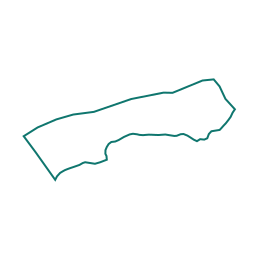 outline of Santa Catarina Palopó, Sololá, Guatemala, rotated 284°
{"feature_id": "79465075B20909144417391", "entity_name": "Santa Catarina Palopó", "entity_type": "district", "adm_level": 2, "iso_a3": "GTM", "parent_name": "Guatemala", "parent_adm1": "Sololá", "projection": "mercator", "projection_center": [-91.132, 14.719], "detail": "fine", "context": "isolated", "style": "outline", "palette": "teal", "viewbox_px": 256, "rotation_deg": 284, "n_neighbors": 0, "source": "geoboundaries", "source_scale": "gbopen_adm2", "svg_char_len": 1006}
<svg xmlns="http://www.w3.org/2000/svg" viewBox="0 0 256 256"><g transform="rotate(284 128 128)"><path d="M172.0,227.2L179.8,215.5L190.5,206.8L195.9,199.4L192.1,188.8L172.9,162.7L170.9,153.9L156.9,124.1L135.4,91.0L127.8,71.6L119.0,56.4L106.7,40.2L94.8,28.8L81.9,44.5L60.1,69.9L63.9,70.8L68.0,73.0L70.2,75.2L71.8,76.9L73.4,79.1L74.9,81.3L77.0,84.6L80.4,89.8L83.1,92.6L84.4,94.7L85.0,101.3L85.3,104.6L87.9,109.1L92.1,115.1L95.6,113.9L97.5,112.3L101.1,111.5L104.4,112.0L107.8,113.1L110.4,115.2L111.8,118.9L114.1,121.9L118.4,126.3L122.2,131.2L123.6,134.2L124.1,138.4L124.1,140.8L124.7,144.3L125.5,146.6L126.5,149.6L127.1,152.2L127.8,155.7L128.6,159.4L129.5,162.1L130.7,165.8L131.1,170.6L131.5,174.9L132.2,177.1L134.7,180.6L135.6,183.3L135.0,187.5L134.0,190.6L132.6,194.6L131.9,198.1L134.6,200.7L135.2,204.8L137.2,207.4L141.7,207.9L145.0,209.7L146.3,212.7L148.3,217.4L150.4,218.6L153.3,220.1L156.3,221.8L160.1,223.5L163.6,224.9L168.2,225.8L172.0,227.2Z" fill="none" stroke="#0f766e" stroke-width="2"/></g></svg>